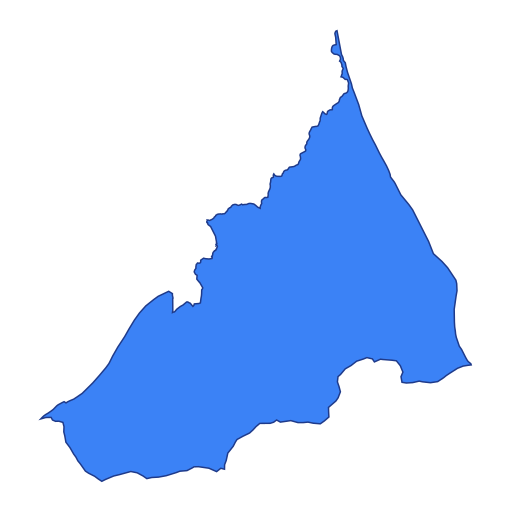 Pek, Xiangkhoang, Laos (Robinson projection)
{"feature_id": "54806243B64426060368946", "entity_name": "Pek", "entity_type": "district", "adm_level": 2, "iso_a3": "LAO", "parent_name": "Laos", "parent_adm1": "Xiangkhoang", "projection": "robinson", "projection_center": [103.256, 19.601], "detail": "fine", "context": "isolated", "style": "filled", "palette": "blue", "viewbox_px": 512, "rotation_deg": 0, "n_neighbors": 0, "source": "geoboundaries", "source_scale": "gbopen_adm2", "svg_char_len": 6029}
<svg xmlns="http://www.w3.org/2000/svg" viewBox="0 0 512 512"><path d="M337.0,30.7L335.7,31.3L335.1,32.7L334.9,33.7L335.7,37.4L336.2,44.6L334.2,45.0L333.0,45.5L332.4,46.2L331.9,47.2L331.6,48.4L331.4,50.2L331.5,51.5L332.2,52.5L334.0,54.0L335.4,54.3L337.1,54.4L339.5,55.7L340.0,56.4L340.4,57.8L340.5,59.2L339.6,61.1L340.3,61.6L341.1,62.5L341.9,64.9L341.9,66.3L342.3,67.1L342.9,67.9L343.2,68.5L342.9,69.3L342.4,70.3L342.1,71.4L342.2,73.4L342.0,74.3L341.6,75.0L341.4,76.1L341.0,76.8L343.0,77.4L345.2,79.4L346.7,79.4L347.4,79.7L348.6,83.0L348.2,86.1L348.3,88.2L348.2,89.4L348.0,90.7L347.5,91.9L346.7,92.7L345.8,93.2L344.5,93.5L343.8,93.9L342.4,95.9L341.6,96.7L340.4,97.4L339.4,99.8L339.3,101.0L338.8,101.9L338.3,102.6L335.6,104.3L333.2,106.0L332.6,106.9L332.3,108.0L332.3,108.7L332.4,109.4L332.1,109.8L330.9,109.8L330.0,109.9L328.1,111.0L327.5,111.7L327.1,113.8L326.5,114.4L325.1,113.9L324.4,113.3L323.7,112.5L322.7,111.7L321.8,113.3L320.2,118.2L320.2,120.1L320.1,120.9L319.7,121.6L318.8,124.3L318.1,125.8L316.7,126.4L315.6,126.4L312.1,127.1L311.2,128.7L310.6,130.1L310.1,130.9L309.5,132.0L309.2,132.9L309.1,133.9L309.8,136.1L309.6,137.6L309.0,138.9L307.1,141.5L306.8,142.4L306.8,143.8L306.4,144.4L305.8,145.1L305.5,145.5L305.2,146.3L305.0,147.3L305.1,148.2L305.8,149.8L305.7,150.5L305.5,151.1L304.1,151.9L301.0,153.5L300.4,153.9L300.0,155.1L300.4,156.7L300.6,158.7L300.3,159.7L299.0,161.8L298.5,163.5L298.2,164.1L297.8,164.6L296.4,165.1L295.7,165.5L295.0,166.0L294.0,166.5L290.8,167.0L290.0,167.0L289.2,167.4L288.0,169.2L287.4,169.8L286.5,170.1L285.3,170.3L283.9,171.3L283.1,173.2L282.4,173.9L281.9,175.6L281.6,176.1L280.4,176.4L276.9,176.3L275.7,175.9L274.6,175.1L273.8,173.9L273.6,174.2L273.3,175.2L273.4,176.3L273.4,177.2L272.7,177.6L271.7,177.9L271.2,178.4L270.9,179.1L270.6,182.0L270.2,183.5L270.1,184.3L270.3,185.2L270.3,187.3L269.9,188.8L268.4,192.1L268.1,193.6L268.2,195.0L267.8,197.3L266.1,197.6L265.1,197.4L264.2,197.9L263.5,198.7L262.0,199.8L261.5,201.0L261.5,202.3L261.7,203.5L260.7,205.3L260.2,207.0L260.2,208.3L257.7,207.2L255.6,205.3L253.8,204.0L250.6,203.4L249.6,203.4L248.5,203.6L246.8,204.4L244.4,204.5L242.6,204.8L241.6,204.1L240.0,204.9L238.7,205.4L237.9,205.3L235.9,204.4L234.5,204.4L232.8,204.9L231.4,206.2L230.7,207.4L229.6,207.8L228.2,208.9L227.9,209.8L227.2,210.7L227.0,211.3L226.3,211.8L225.4,212.9L224.8,213.5L224.1,213.8L222.8,213.8L222.0,214.1L220.3,213.9L219.6,214.0L218.7,214.0L217.9,214.3L217.3,214.3L216.3,215.1L215.8,215.3L215.6,215.9L215.1,216.5L214.3,217.1L213.8,218.1L212.2,219.3L211.0,219.8L210.3,220.2L209.7,220.5L209.1,220.4L208.5,220.1L207.3,220.0L207.5,220.4L207.1,220.8L206.9,221.3L206.8,221.6L206.8,222.3L207.1,222.6L207.6,222.7L207.6,223.6L207.8,223.9L208.0,224.3L208.1,224.6L210.6,226.5L215.5,236.2L216.6,242.6L216.4,242.9L216.5,243.7L216.8,243.8L216.7,244.0L216.4,244.0L216.1,244.3L216.0,244.5L216.5,244.7L216.6,245.0L216.3,245.3L216.2,245.6L216.6,245.4L216.6,245.6L216.9,245.6L217.1,245.9L217.3,246.0L217.4,246.6L217.3,247.0L217.0,247.4L217.0,247.6L216.3,248.9L216.4,249.1L216.0,249.7L215.8,249.8L215.8,250.1L215.6,250.2L215.3,250.5L215.0,250.5L214.4,250.8L214.3,251.2L213.9,251.5L213.3,252.2L212.8,253.2L212.6,255.1L212.3,255.5L212.3,255.9L211.6,256.4L211.6,256.8L212.2,257.2L212.2,257.5L212.0,258.5L209.0,259.0L205.6,258.7L203.6,258.2L200.7,260.2L200.7,261.6L200.5,262.5L199.7,263.1L199.1,263.2L197.5,263.0L196.9,263.9L196.3,264.4L195.9,266.7L195.9,268.4L194.8,269.9L194.4,271.1L194.2,271.9L195.5,274.3L197.1,275.3L196.8,279.1L199.2,282.1L199.6,282.3L202.7,287.7L202.6,288.4L202.2,289.2L201.7,289.8L201.6,293.9L201.4,296.1L201.0,298.2L200.4,302.9L198.9,303.5L194.3,303.9L193.8,305.5L192.9,306.4L190.2,303.2L188.9,302.7L188.5,302.3L187.2,301.9L186.6,302.0L182.9,305.1L180.3,306.5L176.7,309.3L174.8,311.6L174.2,312.0L173.4,312.0L172.5,312.5L172.6,311.5L172.8,310.7L172.7,298.7L173.0,298.2L172.4,295.1L172.4,293.6L168.7,291.3L158.2,296.3L153.8,299.5L145.8,305.9L139.4,313.1L134.4,320.1L129.0,329.0L124.7,336.6L117.8,347.1L112.6,356.2L110.2,361.1L108.9,363.6L105.9,367.7L99.6,375.2L92.9,382.8L82.2,393.4L73.8,399.1L70.2,400.6L67.9,401.7L66.0,402.9L64.1,401.7L62.6,402.4L58.1,404.8L56.7,405.9L53.3,409.4L51.2,411.0L48.0,413.2L45.6,414.6L43.8,415.9L42.4,417.2L40.8,418.9L45.8,417.5L51.1,417.4L52.5,420.0L55.5,421.3L58.8,421.2L62.9,422.4L64.0,426.7L63.8,431.9L64.8,435.9L65.9,442.2L69.9,447.5L73.7,454.1L75.9,457.1L77.9,460.9L80.2,463.7L85.4,471.1L88.6,473.2L94.7,476.3L98.3,479.0L101.8,481.3L105.6,479.4L113.7,476.0L119.5,474.6L130.8,471.5L137.2,472.8L143.1,476.0L146.8,478.6L151.7,477.5L158.6,477.1L166.2,475.7L176.2,472.6L179.9,471.2L187.0,470.6L191.9,468.1L194.1,466.8L198.5,466.7L208.9,468.2L216.6,471.6L220.8,468.3L224.5,469.2L224.6,464.7L226.2,460.5L227.8,453.1L233.2,446.3L235.4,442.0L237.0,439.5L242.8,436.3L249.6,433.0L253.1,429.8L256.0,426.6L259.8,423.4L270.2,423.3L273.7,422.2L276.6,420.0L280.4,422.1L290.8,420.6L298.0,422.6L303.1,422.6L308.0,422.1L313.2,423.2L320.3,423.8L324.4,420.9L328.9,417.0L328.6,411.7L328.5,407.4L335.9,401.0L338.1,397.8L340.4,391.8L339.0,386.5L337.4,381.9L338.0,376.6L340.5,374.5L345.3,368.8L351.1,365.5L356.6,361.2L363.4,359.0L366.9,357.6L372.4,358.9L374.4,361.9L380.5,359.2L382.8,359.5L391.8,360.2L396.4,360.8L400.3,365.7L402.9,372.1L401.0,376.7L402.0,382.3L406.3,383.0L412.7,382.6L419.2,381.1L422.4,381.8L430.5,382.7L437.7,381.6L443.5,377.8L446.2,375.6L449.5,373.4L457.5,368.3L463.1,366.1L467.9,365.3L471.2,364.9L470.8,363.7L468.1,361.5L467.0,359.9L465.7,357.6L461.6,349.5L459.3,346.2L456.3,337.4L455.6,334.1L455.3,331.0L454.7,327.0L454.4,322.0L454.2,309.3L456.1,295.9L457.0,290.8L456.7,283.7L455.9,280.2L447.6,267.7L442.0,261.5L433.4,253.7L428.6,241.5L412.6,209.8L408.8,204.5L400.8,194.8L395.2,183.6L394.2,181.9L390.5,177.0L390.1,174.4L388.7,170.6L386.5,165.9L383.8,161.0L381.5,157.0L379.3,152.9L375.4,144.9L372.6,139.7L369.7,133.8L367.2,128.4L361.8,115.8L358.7,104.6L354.0,92.1L352.4,88.1L351.4,83.7L347.5,72.3L346.0,66.5L345.3,62.8L343.4,60.4L343.2,58.6L342.7,56.9L341.5,54.5L337.0,30.7Z" fill="#3b82f6" stroke="#1e3a8a" stroke-width="1.5"/></svg>